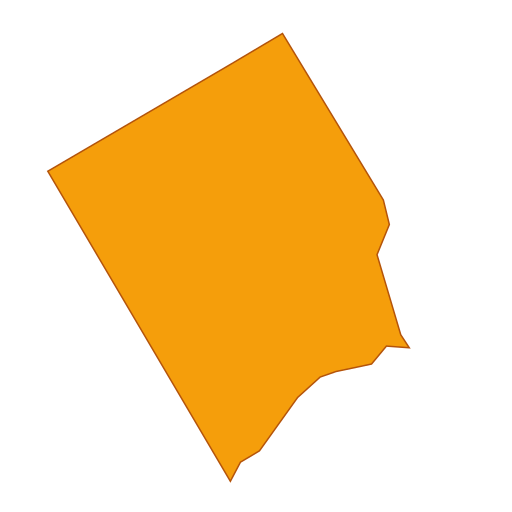 outline of Crisp, Georgia, United States of America, rotated 239°
{"feature_id": "52423323B39330829782254", "entity_name": "Crisp", "entity_type": "district", "adm_level": 2, "iso_a3": "USA", "parent_name": "United States of America", "parent_adm1": "Georgia", "projection": "robinson", "projection_center": [-83.86, 31.917], "detail": "fine", "context": "isolated", "style": "filled", "palette": "amber", "viewbox_px": 512, "rotation_deg": 239, "n_neighbors": 0, "source": "geoboundaries", "source_scale": "gbopen_adm2", "svg_char_len": 370}
<svg xmlns="http://www.w3.org/2000/svg" viewBox="0 0 512 512"><g transform="rotate(239 256 256)"><path d="M76.1,118.0L87.3,136.5L87.2,158.6L113.3,218.8L119.2,248.7L115.8,265.0L103.9,299.4L111.6,321.4L98.4,340.1L113.9,339.5L194.8,360.4L214.3,386.5L238.4,394.0L433.1,393.3L433.4,332.6L435.9,121.2L76.1,118.0Z" fill="#f59e0b" stroke="#b45309" stroke-width="1.5"/></g></svg>